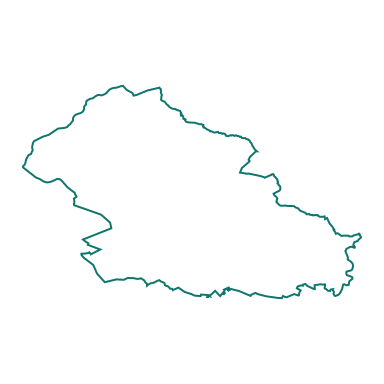 the district of Clane Lea-5, Kildare, Ireland
{"feature_id": "5873133B16730843557945", "entity_name": "Clane Lea-5", "entity_type": "district", "adm_level": 2, "iso_a3": "IRL", "parent_name": "Ireland", "parent_adm1": "Kildare", "projection": "equal_earth", "projection_center": [-6.848, 53.344], "detail": "fine", "context": "isolated", "style": "outline", "palette": "teal", "viewbox_px": 384, "rotation_deg": 0, "n_neighbors": 0, "source": "geoboundaries", "source_scale": "gbopen_adm2", "svg_char_len": 4987}
<svg xmlns="http://www.w3.org/2000/svg" viewBox="0 0 384 384"><path d="M359.8,234.4L359.4,234.0L359.0,234.2L358.8,233.8L358.3,234.2L353.6,235.4L352.0,236.5L349.2,236.4L348.6,235.7L343.1,235.6L341.6,236.0L337.8,233.3L335.7,233.7L335.3,232.2L333.6,229.9L334.2,229.6L332.3,226.6L329.6,223.5L327.0,218.0L325.1,219.1L324.6,216.4L322.8,216.8L319.6,216.7L318.1,215.7L317.9,215.1L316.9,215.1L317.0,215.3L315.5,215.0L314.9,215.3L314.0,215.1L313.0,215.4L312.5,214.9L311.9,215.1L309.6,214.6L309.3,214.0L306.7,214.3L305.4,212.8L300.7,210.9L299.7,210.3L298.2,208.4L295.5,207.4L294.0,206.1L286.9,205.9L285.7,205.5L282.4,205.8L280.3,205.5L279.5,205.1L276.7,202.4L276.4,201.6L276.8,201.2L276.7,200.0L277.2,199.3L277.3,198.4L276.4,196.9L274.3,195.3L273.6,193.7L279.5,190.6L280.3,189.5L280.3,187.1L280.0,186.2L278.7,185.1L278.6,184.4L277.5,183.4L278.1,182.1L277.4,181.2L277.6,180.4L277.2,179.2L276.3,178.6L275.5,177.2L274.1,176.2L273.9,174.9L273.1,174.1L272.4,174.1L272.4,174.4L264.6,177.7L264.0,177.2L260.3,176.0L249.3,173.7L246.6,173.7L240.0,172.6L241.9,168.0L249.2,161.7L249.6,161.0L248.6,159.8L250.0,156.9L255.9,151.3L256.9,151.3L254.8,149.5L252.2,145.3L251.7,143.7L250.0,141.7L249.7,140.7L248.3,139.7L248.3,139.4L246.2,138.9L245.0,138.0L243.1,138.2L241.7,137.8L240.9,136.6L239.9,136.9L238.3,135.9L237.2,136.0L236.5,135.4L235.1,135.5L234.7,135.9L233.0,135.2L232.0,135.2L231.6,135.5L230.8,135.2L228.0,136.2L226.4,135.9L226.4,135.6L225.5,134.9L225.5,134.5L224.5,133.7L223.3,133.4L223.1,133.7L222.2,133.8L221.2,133.1L218.9,133.0L218.1,131.9L214.6,132.6L214.1,132.5L211.4,131.3L210.8,131.4L210.0,131.2L209.9,130.7L206.9,129.3L205.5,128.2L203.6,127.5L203.1,126.6L203.5,126.3L203.2,126.0L203.3,124.9L202.2,124.7L201.5,124.2L199.1,124.2L198.4,123.7L196.6,123.4L195.0,122.8L188.6,122.4L186.1,121.8L184.9,120.0L185.4,120.2L185.6,119.6L185.3,119.2L183.5,118.9L183.2,116.4L182.4,115.5L181.5,115.8L181.0,115.6L181.4,114.7L180.9,114.7L180.7,114.2L181.2,112.8L180.5,112.0L180.1,110.9L177.0,110.0L175.3,109.0L172.8,108.8L170.7,107.9L169.2,106.8L168.4,105.7L167.0,104.7L164.7,101.8L162.1,100.7L161.2,99.9L161.0,99.2L161.5,97.8L161.3,96.6L161.9,95.0L160.8,92.6L161.1,91.2L160.6,88.8L159.8,88.5L159.4,87.7L147.4,90.5L136.5,95.0L133.6,95.6L132.3,92.9L126.8,90.0L123.0,85.9L121.2,86.1L116.4,87.7L113.9,87.9L111.6,88.5L109.3,89.7L106.6,92.9L104.7,94.2L101.7,95.4L98.9,94.9L97.5,95.1L94.5,96.9L92.9,98.3L90.2,98.8L87.3,100.4L86.3,101.4L86.0,104.6L84.6,105.9L84.1,106.8L84.1,109.3L82.8,111.7L80.7,113.0L75.9,114.6L74.2,116.0L73.2,117.6L72.8,120.8L70.1,124.3L68.1,125.7L67.4,126.9L64.7,127.9L58.0,128.6L48.8,134.8L42.8,136.7L34.0,141.2L32.9,143.2L32.1,147.2L32.7,150.4L31.8,151.9L31.1,153.9L30.3,154.4L29.2,154.6L28.3,155.5L26.1,159.5L25.1,164.0L23.0,166.4L23.1,167.3L23.8,168.0L35.8,177.4L40.1,179.2L43.3,181.3L44.9,182.0L47.2,182.4L49.9,182.1L52.8,181.0L57.2,178.9L58.9,179.0L60.3,179.6L62.0,181.0L67.6,187.4L74.7,192.8L75.1,194.5L76.1,195.6L76.5,196.8L73.9,198.6L74.4,201.5L74.3,203.0L73.9,203.6L74.1,205.2L82.1,208.0L83.1,208.3L83.4,208.4L101.2,214.7L110.1,222.7L111.3,228.3L83.0,239.5L84.9,241.1L88.4,243.3L87.8,244.8L100.3,249.5L90.8,254.3L90.6,253.6L89.4,252.4L88.9,252.9L88.5,252.7L88.0,253.1L83.8,253.7L81.4,253.7L81.3,254.0L81.6,255.1L83.7,257.7L93.3,265.0L97.0,273.6L104.8,282.2L116.4,279.4L123.8,279.8L127.9,277.9L131.6,278.2L132.7,278.0L137.2,278.9L139.6,278.7L140.9,278.3L144.3,280.4L145.2,282.2L146.8,283.6L147.0,285.7L148.1,284.7L150.4,283.4L153.7,282.7L158.5,280.3L159.3,280.2L160.8,281.4L163.9,282.7L164.7,283.4L164.9,285.1L166.4,286.1L167.2,286.0L168.5,286.7L170.0,288.6L172.0,288.8L172.9,290.2L173.4,289.7L175.8,288.9L178.3,287.6L184.8,292.0L191.4,294.1L194.5,295.6L200.6,296.1L201.0,294.6L206.4,294.9L208.1,295.1L207.2,297.0L208.1,297.0L208.7,296.1L209.9,296.4L209.6,296.0L210.3,295.0L211.4,294.4L215.1,290.8L220.2,296.1L222.2,293.6L223.8,294.2L224.8,293.1L223.4,292.1L224.6,290.7L223.9,289.7L227.8,287.9L228.0,288.1L228.8,287.6L229.1,288.0L227.1,289.3L228.4,290.7L231.1,289.0L239.3,291.1L250.6,295.9L251.1,294.8L255.5,292.9L257.7,294.1L266.3,296.3L277.6,297.9L281.2,298.1L281.9,298.1L283.0,296.0L285.2,297.0L286.5,297.3L294.1,294.1L298.5,295.5L299.0,295.1L299.3,292.6L300.6,290.3L296.9,288.3L297.6,286.5L300.9,285.4L302.9,285.7L303.1,284.6L305.4,284.0L307.3,285.9L314.3,289.2L314.8,289.1L314.6,285.2L320.6,284.3L322.5,284.6L325.0,284.4L325.2,284.8L324.6,288.0L325.1,288.7L326.2,289.1L328.0,290.8L330.2,290.9L330.6,289.6L333.0,289.1L332.7,289.9L333.9,291.7L333.5,293.7L334.5,295.6L335.2,296.0L338.5,294.8L340.0,293.1L342.1,289.0L343.1,284.6L344.2,284.3L346.5,285.2L348.6,285.0L349.4,281.2L352.4,278.8L352.5,277.8L351.9,276.9L346.9,275.1L346.3,273.8L346.5,271.6L350.8,270.5L352.3,269.4L353.1,265.9L352.7,264.0L351.9,262.7L350.8,261.6L347.7,259.5L347.9,257.4L345.4,251.2L346.5,248.8L350.0,247.0L351.9,246.7L353.9,247.7L354.8,247.6L354.8,246.9L353.4,245.1L353.4,244.5L354.3,242.2L357.5,241.0L358.7,239.5L360.8,237.8L361.0,236.9L359.7,235.3L359.8,234.4Z" fill="none" stroke="#0f766e" stroke-width="2"/></svg>